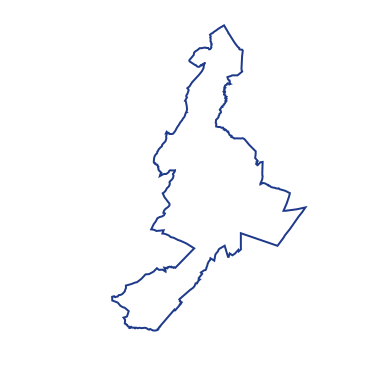 San Salvador, Hidalgo, Mexico, rotated 45°
{"feature_id": "50627088B65020558146987", "entity_name": "San Salvador", "entity_type": "district", "adm_level": 2, "iso_a3": "MEX", "parent_name": "Mexico", "parent_adm1": "Hidalgo", "projection": "equal_earth", "projection_center": [-99.069, 20.296], "detail": "fine", "context": "isolated", "style": "outline", "palette": "blue", "viewbox_px": 384, "rotation_deg": 45, "n_neighbors": 0, "source": "geoboundaries", "source_scale": "gbopen_adm2", "svg_char_len": 6032}
<svg xmlns="http://www.w3.org/2000/svg" viewBox="0 0 384 384"><g transform="rotate(45 192 192)"><path d="M283.1,122.7L278.2,130.3L271.3,139.3L270.0,140.6L267.0,133.0L263.8,126.5L262.0,123.6L257.1,125.2L251.7,128.2L250.7,128.1L250.3,128.8L249.0,129.9L247.2,130.7L246.6,131.3L244.4,132.6L242.5,132.7L242.0,133.3L241.2,133.5L240.8,133.1L240.3,133.6L237.7,134.2L235.7,135.5L234.9,138.2L234.5,137.8L232.7,133.4L230.7,130.8L230.1,130.6L228.1,128.7L220.7,120.8L219.3,122.7L219.3,125.3L219.5,125.8L219.3,126.8L217.5,126.8L217.5,125.7L217.2,125.3L216.4,125.2L216.5,123.6L212.6,123.3L210.4,120.4L208.3,118.2L199.3,118.2L191.6,117.5L189.8,118.1L188.9,119.4L185.5,122.6L184.1,124.3L183.1,124.2L182.3,124.7L181.6,125.0L181.2,124.7L180.8,125.1L180.4,124.4L179.7,124.5L179.4,124.9L178.5,125.1L176.8,124.6L176.1,124.2L175.1,124.3L174.8,123.8L174.3,124.3L172.4,124.1L171.9,124.7L171.5,124.4L171.2,124.8L170.8,124.6L170.5,125.0L170.2,124.8L170.0,125.1L169.8,124.8L168.3,124.6L167.7,125.6L165.8,126.2L164.7,127.4L162.7,128.6L160.9,126.6L160.0,126.4L158.0,124.0L158.0,121.1L157.7,120.1L157.1,119.5L156.9,118.3L156.1,117.3L156.3,115.9L156.1,115.1L154.5,114.1L154.1,114.3L153.8,113.8L153.4,113.9L152.9,111.2L153.3,110.5L152.7,110.3L153.0,108.2L152.5,107.7L152.7,106.3L152.1,104.6L151.7,104.4L152.1,104.0L152.1,103.4L151.9,103.2L151.7,103.4L151.0,103.2L150.5,101.6L150.2,101.6L150.3,102.3L149.7,102.0L149.5,102.3L149.0,102.2L148.9,101.7L149.3,101.0L149.1,100.2L148.6,100.4L148.5,100.9L147.4,100.5L147.0,100.0L146.0,100.5L145.6,100.4L145.3,99.5L144.6,99.2L145.0,98.7L144.8,98.0L144.6,97.8L144.1,98.0L143.5,97.7L143.2,98.0L143.0,96.9L142.4,96.9L141.9,95.3L141.7,95.4L141.3,95.0L141.2,95.5L140.9,95.2L140.9,94.8L141.2,94.5L140.6,94.4L140.2,93.4L140.1,92.8L140.7,91.7L140.3,90.5L140.4,89.8L141.0,89.5L142.2,89.6L142.7,88.6L142.1,88.8L142.1,88.6L142.1,88.9L141.8,88.8L142.2,88.3L141.4,88.0L140.8,87.3L140.0,87.1L139.7,86.6L139.0,86.9L137.4,86.7L135.8,85.7L137.5,82.4L137.9,81.1L141.7,77.3L142.3,71.3L140.7,70.6L139.7,69.7L131.7,60.9L128.0,56.2L127.0,55.9L124.8,57.5L124.1,57.4L123.6,56.8L121.4,57.0L116.5,56.3L106.8,54.1L105.5,54.0L105.3,53.7L96.8,51.5L96.4,52.8L96.4,53.7L95.9,54.9L95.1,58.6L94.9,60.4L94.2,63.5L94.3,65.0L93.7,66.1L93.5,68.1L95.2,68.7L95.7,70.0L96.5,70.1L98.7,72.5L99.5,72.5L100.8,73.6L101.0,73.3L101.3,73.4L102.8,75.7L103.5,76.1L103.9,78.0L103.3,79.0L101.7,78.7L99.9,80.3L99.5,80.3L98.7,81.1L96.9,83.8L95.8,84.7L95.4,88.2L95.0,89.6L94.9,91.4L95.0,92.1L96.3,93.8L96.9,100.6L97.4,101.2L98.2,101.3L104.5,100.0L105.0,99.6L106.8,99.6L107.9,99.1L108.7,98.1L108.5,96.0L108.6,95.7L109.3,95.7L109.4,94.9L109.2,94.1L109.3,93.5L109.6,93.3L109.7,91.9L110.4,91.2L110.1,91.9L110.2,93.1L112.6,96.4L113.6,99.6L114.1,104.1L114.5,114.5L115.6,119.1L115.2,121.7L115.4,122.0L116.7,121.9L117.7,122.5L119.4,126.0L119.6,127.4L120.0,128.1L120.4,128.5L121.5,128.6L122.6,132.5L123.4,132.2L127.0,134.6L129.9,136.9L131.1,138.7L131.4,139.5L131.9,139.4L131.6,140.3L133.5,144.2L133.7,146.5L134.2,148.2L134.6,151.7L135.1,153.1L135.8,157.0L137.0,160.7L137.4,164.1L136.7,165.3L135.3,166.7L134.2,167.1L133.9,166.7L133.5,166.7L132.7,167.3L131.5,167.3L131.6,167.6L132.1,169.0L132.4,168.6L133.1,168.9L134.5,171.1L135.9,172.1L137.2,174.6L137.4,175.1L137.4,178.5L137.7,180.1L138.3,180.8L138.4,181.3L138.2,182.6L138.3,185.5L138.9,187.0L138.9,187.9L139.9,189.3L139.8,191.3L140.4,193.2L140.8,194.2L142.4,196.3L144.0,198.0L144.8,198.2L145.3,197.8L145.7,198.1L146.0,197.8L146.3,198.1L147.1,198.0L148.1,197.3L148.4,197.7L149.3,197.6L150.1,198.2L150.5,198.1L150.7,198.7L152.0,199.3L152.3,199.8L154.0,200.2L154.7,200.0L156.0,200.1L156.3,200.5L156.7,200.3L156.8,200.7L157.2,200.8L157.2,202.0L158.0,203.5L159.1,199.8L160.0,198.4L160.3,198.3L161.1,197.3L161.5,194.5L161.0,193.3L161.2,192.1L163.8,189.8L164.6,188.7L165.2,189.5L165.5,190.5L165.8,192.7L166.2,193.1L167.3,193.4L168.5,195.2L169.0,197.3L168.9,200.4L169.2,200.6L169.4,201.2L170.2,201.6L171.2,202.9L171.3,203.6L171.7,204.5L171.6,207.2L172.5,210.0L172.5,212.0L172.2,213.6L176.2,215.1L184.3,216.2L184.9,216.6L185.6,217.6L185.7,219.6L185.2,222.6L185.4,224.9L186.5,227.0L188.0,226.3L188.6,228.2L188.1,230.5L186.8,232.6L186.1,235.1L187.1,238.1L187.7,241.9L189.6,247.3L191.8,245.6L194.4,244.7L199.0,239.1L200.4,242.3L202.2,240.9L205.0,239.6L206.7,239.0L208.7,239.0L211.4,237.3L216.1,235.8L218.2,234.7L222.6,233.0L225.0,232.2L233.4,230.3L233.8,257.4L232.5,257.8L232.6,258.6L230.3,259.4L230.4,260.1L229.1,260.5L228.2,261.9L228.5,262.4L228.0,262.9L228.4,263.5L226.0,265.1L229.1,266.4L229.6,267.0L226.1,267.7L223.7,270.4L221.1,270.7L221.1,275.6L219.7,280.4L217.4,283.1L217.6,289.3L216.9,294.7L215.8,296.3L214.3,299.8L211.4,304.9L213.3,306.7L213.8,308.2L214.7,309.7L214.9,312.2L214.8,313.8L214.1,315.5L213.1,316.8L213.4,318.5L212.2,320.0L212.2,320.5L211.8,320.8L210.6,320.8L209.8,322.4L208.9,322.7L210.1,322.9L212.3,325.1L217.7,322.7L221.9,323.1L224.7,322.3L226.2,321.4L231.5,321.0L234.0,325.9L233.4,327.5L232.4,329.2L235.1,329.7L237.5,332.5L238.9,332.0L239.4,332.2L240.1,331.8L240.8,332.2L242.2,332.2L243.0,331.6L243.9,332.4L244.6,331.6L244.4,330.4L245.6,330.2L247.4,328.5L247.9,328.8L248.2,328.6L248.2,328.1L248.4,327.4L250.0,326.7L250.6,325.4L252.9,323.7L254.4,321.6L256.0,320.5L258.2,320.1L259.2,319.4L259.2,318.5L262.3,317.5L263.8,316.2L265.2,314.0L264.7,313.3L265.2,312.8L264.7,311.9L264.6,310.3L264.4,310.4L262.7,287.6L263.7,287.8L263.8,287.6L263.2,279.4L262.8,279.6L262.7,277.3L261.1,277.8L261.1,277.4L258.9,276.9L259.9,262.7L260.5,259.0L260.3,256.6L259.2,254.1L260.2,253.1L259.8,251.9L259.6,251.9L259.4,250.6L259.4,248.4L258.4,249.0L257.6,248.1L257.2,243.6L256.9,243.4L257.0,242.7L255.2,242.6L256.0,238.6L256.8,237.6L256.2,235.8L255.8,235.6L254.8,233.2L253.9,231.8L253.0,229.4L252.9,227.5L251.9,225.8L256.3,224.8L252.9,219.9L252.6,219.0L252.3,215.6L251.7,214.3L251.5,212.9L253.1,206.9L263.3,212.4L263.8,212.0L262.1,208.8L265.3,208.2L265.9,205.4L265.7,200.2L267.0,200.9L267.2,198.1L255.7,186.6L290.5,169.6L289.1,159.8L288.3,156.6L287.4,148.7L284.7,133.5L284.2,128.6L283.1,122.7Z" fill="none" stroke="#1e3a8a" stroke-width="2"/></g></svg>